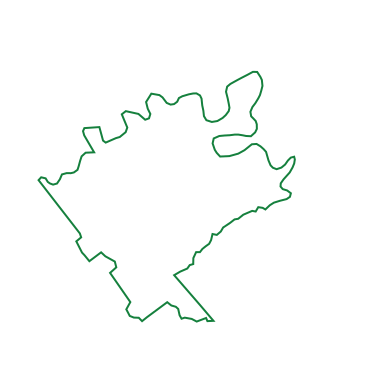 Veranópolis, Rio Grande do Sul, Brazil (Equal Earth projection), rotated 233°
{"feature_id": "56859067B2457247934767", "entity_name": "Veranópolis", "entity_type": "district", "adm_level": 2, "iso_a3": "BRA", "parent_name": "Brazil", "parent_adm1": "Rio Grande do Sul", "projection": "equal_earth", "projection_center": [-51.552, -28.98], "detail": "fine", "context": "isolated", "style": "outline", "palette": "green", "viewbox_px": 384, "rotation_deg": 233, "n_neighbors": 0, "source": "geoboundaries", "source_scale": "gbopen_adm2", "svg_char_len": 2409}
<svg xmlns="http://www.w3.org/2000/svg" viewBox="0 0 384 384"><g transform="rotate(233 192 192)"><path d="M293.8,76.6L226.4,77.5L222.5,76.2L222.2,69.9L209.8,67.7L206.2,68.1L198.5,68.4L198.5,83.1L192.8,84.1L182.9,88.5L177.4,86.2L176.7,77.9L141.2,76.5L137.8,68.9L134.5,68.4L130.5,67.7L126.7,70.0L123.6,73.8L118.9,74.4L119.1,80.6L118.9,105.9L113.8,107.2L110.1,110.0L106.9,110.6L101.0,107.9L97.1,107.4L96.0,110.6L90.8,115.4L85.7,117.8L82.9,127.4L79.6,126.6L76.2,131.6L96.7,130.4L136.3,127.7L135.5,134.7L133.7,142.2L135.0,146.2L133.7,149.6L138.4,153.3L141.5,159.1L139.2,162.1L140.3,166.2L140.4,170.4L140.3,174.5L142.1,178.3L146.1,183.1L142.8,186.0L143.1,191.2L144.9,195.5L144.4,204.1L144.5,209.5L142.8,212.8L143.0,219.3L140.7,228.7L138.1,231.1L140.0,235.8L136.8,238.9L133.9,240.1L134.6,246.2L134.2,251.0L132.0,257.1L129.4,263.3L129.2,267.3L131.5,270.2L136.0,268.9L139.7,266.2L143.1,266.0L145.5,268.1L147.0,272.7L148.8,281.8L151.1,287.1L153.3,290.8L156.1,293.7L158.7,294.8L160.0,291.6L159.4,287.5L157.9,282.9L157.7,278.1L159.3,273.3L162.7,271.2L166.0,270.8L171.2,272.1L179.5,275.3L183.2,275.0L187.2,274.2L191.5,272.5L194.1,268.5L193.8,259.1L194.8,252.0L198.2,243.4L203.4,235.8L208.4,235.3L212.0,235.6L218.4,237.7L221.7,241.6L220.3,247.5L217.4,252.2L214.7,256.2L212.1,260.7L209.8,263.7L206.7,266.7L204.2,268.9L201.1,272.6L201.6,278.3L203.4,281.8L207.1,284.5L210.4,285.6L214.1,285.2L216.8,284.8L220.9,286.9L223.5,291.4L224.8,296.0L226.9,301.3L228.5,304.6L231.4,308.5L234.3,312.1L239.4,315.2L242.8,315.9L248.7,316.3L251.3,312.9L252.2,306.9L253.3,300.6L254.0,296.2L254.6,292.1L255.2,287.7L255.0,283.5L251.6,279.5L245.2,276.8L240.0,274.3L236.7,272.6L234.5,270.0L233.1,265.2L232.7,261.0L233.4,255.0L236.0,250.0L240.7,246.7L245.4,247.2L250.1,250.0L255.0,252.3L260.8,255.8L264.3,256.5L268.1,254.9L270.0,252.2L271.9,248.3L274.3,241.9L274.9,238.1L273.0,234.5L273.0,230.6L274.7,227.5L278.4,225.4L281.6,225.4L285.3,225.4L289.0,224.3L295.0,218.7L291.5,209.5L285.2,206.8L279.4,205.7L276.7,202.0L277.9,198.1L286.6,196.2L296.4,187.8L296.3,182.7L282.4,179.1L279.7,175.0L279.4,167.4L280.8,163.7L283.4,152.8L286.6,151.9L299.6,157.1L307.8,144.5L306.2,141.6L302.1,140.0L282.6,137.7L287.4,130.7L286.9,125.3L284.2,121.4L280.7,116.9L278.6,113.9L278.7,109.4L280.0,106.5L282.5,103.3L284.3,98.7L281.7,94.2L280.0,89.3L281.5,85.5L284.3,83.7L286.9,82.9L291.0,83.3L294.5,80.4L293.8,76.6Z" fill="none" stroke="#15803d" stroke-width="2"/></g></svg>